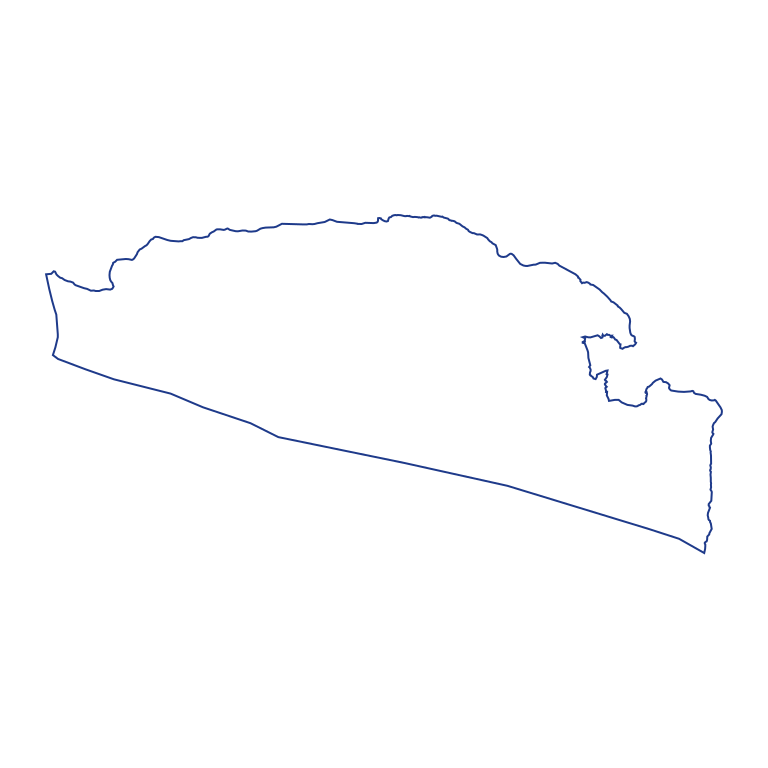 outline of Buru, Maluku, Indonesia
{"feature_id": "22746128B29167244459072", "entity_name": "Buru", "entity_type": "district", "adm_level": 2, "iso_a3": "IDN", "parent_name": "Indonesia", "parent_adm1": "Maluku", "projection": "albers", "projection_center": [126.803, -3.345], "detail": "fine", "context": "isolated", "style": "outline", "palette": "blue", "viewbox_px": 768, "rotation_deg": 0, "n_neighbors": 0, "source": "geoboundaries", "source_scale": "gbopen_adm2", "svg_char_len": 6097}
<svg xmlns="http://www.w3.org/2000/svg" viewBox="0 0 768 768"><path d="M704.2,553.0L705.1,549.0L705.3,546.2L705.3,544.4L704.8,543.7L704.8,542.7L705.6,541.9L706.6,541.4L707.1,539.9L707.3,536.5L709.2,534.5L709.4,533.2L711.7,528.9L710.8,523.3L710.2,522.4L710.0,520.8L708.9,520.0L708.4,519.1L708.3,517.9L707.7,515.3L708.0,512.9L710.0,507.7L709.4,507.0L709.4,506.3L708.7,505.6L708.7,504.1L711.3,500.8L711.8,492.0L711.3,490.8L710.5,489.7L711.1,487.3L710.9,484.7L711.1,483.4L710.8,481.7L710.8,477.7L710.5,474.6L710.9,471.8L710.3,471.0L710.1,470.1L710.7,469.1L710.8,467.2L710.3,465.5L710.6,464.4L711.1,463.8L711.0,455.6L710.6,452.5L710.8,451.5L710.2,450.0L709.9,447.3L709.9,445.6L711.2,443.7L710.8,440.8L711.1,437.9L713.3,434.3L713.4,433.8L712.7,433.2L712.3,432.2L713.1,429.5L712.6,426.7L712.9,425.5L713.9,423.2L715.2,422.1L717.6,418.5L721.5,414.2L721.9,411.9L721.8,410.1L720.5,407.4L715.8,400.6L714.8,399.9L714.2,400.3L711.8,400.5L709.8,400.0L708.5,399.1L707.1,396.9L704.6,395.7L700.8,394.7L695.6,393.9L694.0,392.8L693.3,391.2L692.2,390.9L690.7,391.4L684.0,391.9L678.2,391.6L671.2,390.5L670.4,389.9L669.4,388.8L669.0,387.9L669.6,385.2L668.2,383.5L666.1,382.2L663.4,381.9L662.0,379.5L660.5,378.5L655.6,380.6L652.9,382.8L651.9,384.2L649.1,386.6L647.7,387.0L647.4,387.8L646.5,389.0L646.0,390.6L646.1,391.2L645.4,392.1L645.7,392.9L646.2,392.9L646.7,392.5L647.1,394.1L646.8,395.2L646.4,395.7L646.6,396.3L646.0,398.4L646.3,398.9L646.3,400.8L645.8,401.8L644.4,402.9L643.5,404.0L643.1,404.1L642.2,403.7L641.5,403.8L640.1,404.9L638.4,405.4L637.6,406.1L636.3,406.4L635.0,406.4L632.6,405.6L627.4,404.9L621.7,402.4L618.7,399.9L614.7,399.9L609.0,400.9L608.5,398.8L606.8,395.4L607.1,391.8L606.0,391.9L606.1,390.9L605.3,388.1L606.7,386.8L605.9,386.1L605.6,385.3L604.9,384.6L604.9,383.7L606.9,381.9L606.2,381.0L605.3,380.5L604.9,379.8L606.8,377.1L607.5,374.5L606.6,374.2L607.5,370.5L605.7,370.8L597.0,374.7L596.8,377.0L595.6,379.1L593.5,378.5L592.8,377.1L590.5,375.5L590.6,375.3L589.8,374.6L590.0,372.4L590.6,371.0L590.6,369.5L589.7,367.5L589.1,367.0L590.3,365.3L588.4,357.9L588.1,352.3L587.5,350.3L585.0,343.9L584.4,343.2L582.7,342.8L582.7,342.0L584.1,341.3L584.9,341.4L584.8,340.1L585.2,338.5L585.0,337.5L584.0,337.8L582.7,337.2L585.1,336.5L588.3,337.3L590.4,337.4L597.6,335.3L599.3,336.3L601.0,338.0L602.4,337.5L602.6,336.5L602.3,335.8L602.7,334.7L603.3,335.7L604.9,335.8L606.9,334.2L607.7,334.9L609.2,334.9L610.4,335.8L611.8,335.7L610.9,337.1L611.9,337.5L612.8,336.8L613.8,337.5L615.3,339.6L616.5,339.9L619.4,343.7L620.0,344.3L620.5,344.4L620.2,346.5L620.2,347.9L620.5,348.1L622.6,348.8L623.4,348.1L625.4,347.1L626.7,347.1L628.3,346.7L630.1,345.8L632.0,345.7L633.0,346.2L635.2,344.3L636.1,342.8L635.1,342.0L634.6,341.2L634.9,339.1L634.7,337.0L633.7,336.1L632.3,335.7L631.1,334.7L630.3,332.7L629.6,328.0L629.6,325.5L630.1,321.4L629.8,318.9L628.6,316.2L626.9,313.8L624.3,312.8L621.2,309.1L619.6,307.5L617.8,306.4L617.7,305.6L613.5,302.3L611.2,301.5L610.5,300.3L607.2,296.6L603.9,293.5L602.2,292.2L599.6,289.5L593.2,285.0L590.4,284.5L590.0,283.8L588.4,282.7L586.7,282.1L584.6,282.8L583.1,282.6L582.0,283.2L580.3,281.0L580.5,279.8L578.8,277.9L578.1,277.6L578.1,276.6L575.5,274.3L559.3,265.6L557.7,263.9L555.2,262.8L552.1,263.5L544.7,262.7L540.0,262.8L535.7,264.6L533.6,264.7L527.2,266.0L525.4,265.9L523.4,265.5L520.2,263.9L516.2,258.9L513.6,255.3L511.7,253.9L510.8,253.7L509.9,253.9L506.4,256.5L503.6,257.0L501.1,256.7L499.0,255.6L498.0,254.3L497.6,253.4L497.2,251.2L497.3,250.0L497.0,248.7L495.7,245.1L492.4,243.3L491.5,242.2L489.9,241.3L488.2,239.5L487.3,238.1L483.4,235.6L481.7,234.9L480.1,234.4L477.1,234.5L473.8,233.1L472.5,233.1L470.1,232.0L468.7,231.1L467.9,229.7L466.2,228.8L464.5,227.3L462.6,226.4L459.4,223.8L456.5,222.9L454.6,221.3L452.7,220.8L451.4,220.8L450.9,220.4L449.6,220.2L449.0,219.8L448.4,219.0L447.8,218.6L443.6,217.5L442.4,216.6L441.8,216.8L440.7,216.6L436.7,215.7L435.0,215.8L434.5,215.5L433.6,215.5L432.3,215.9L431.6,216.8L429.9,217.7L426.7,217.2L425.7,217.3L425.1,217.0L424.8,217.2L424.6,217.0L424.3,217.2L423.1,217.0L422.8,217.3L422.1,217.2L421.6,217.6L420.2,217.6L419.4,217.3L418.4,217.5L418.0,217.2L414.9,216.9L413.0,217.1L410.0,216.4L409.6,215.9L408.5,216.1L407.1,215.9L406.5,216.1L406.2,216.0L405.5,216.2L404.4,216.1L400.8,215.2L397.7,215.0L396.8,215.3L395.8,215.0L394.9,215.2L394.2,215.1L393.4,215.5L392.4,215.7L390.9,217.1L389.4,217.4L388.7,218.4L387.9,221.1L386.5,221.5L384.8,221.2L383.1,220.4L381.2,219.2L380.9,218.4L379.3,218.0L378.1,218.2L378.0,220.8L377.7,221.7L376.7,222.6L373.7,223.1L365.3,222.8L361.6,224.0L357.5,223.9L357.4,223.7L354.1,223.2L337.0,221.8L332.5,220.1L329.8,219.5L324.7,222.0L317.5,223.2L314.5,224.0L312.4,224.2L308.9,224.0L306.8,224.4L302.9,224.4L281.9,223.8L276.3,226.7L273.7,227.3L265.6,227.6L262.5,228.1L260.4,228.7L257.1,230.7L255.6,231.2L251.3,231.6L248.2,231.5L245.8,230.6L242.5,230.5L237.9,231.3L235.7,231.2L229.9,229.9L227.7,228.5L226.8,228.7L224.8,229.7L223.6,229.9L219.9,229.3L217.5,229.3L216.4,229.5L213.7,231.5L211.9,232.3L209.8,233.7L208.6,236.0L207.7,236.7L206.0,236.8L201.8,237.9L197.7,237.8L195.9,237.3L193.0,237.2L190.9,238.0L189.0,239.1L183.7,240.2L182.4,241.2L180.6,241.2L178.5,241.4L170.6,240.8L167.3,240.0L158.8,237.1L155.4,236.8L153.8,237.7L152.9,239.0L151.2,239.5L149.6,241.2L147.7,244.0L146.5,245.3L145.0,246.1L141.5,248.7L139.7,249.5L137.6,252.2L136.9,254.2L134.1,258.5L132.6,259.7L131.8,259.9L128.7,259.2L125.9,259.0L117.1,259.8L115.1,261.8L113.2,262.8L112.8,264.6L112.1,265.6L109.8,271.8L109.5,275.1L109.7,277.8L110.3,280.2L111.2,281.7L112.4,283.0L113.1,285.6L113.6,286.4L113.2,287.3L112.2,288.8L110.2,289.6L106.1,289.1L102.6,289.7L99.2,291.0L95.6,291.0L93.9,290.5L90.9,290.7L87.1,288.9L84.1,288.2L75.6,285.2L74.5,284.4L73.1,282.6L70.4,281.6L68.0,281.3L64.6,280.0L62.1,278.2L60.2,277.7L58.0,276.0L56.5,274.5L55.1,271.7L53.7,271.3L51.3,273.8L46.1,274.3L49.2,288.8L52.2,301.0L54.7,309.8L56.3,314.6L57.8,334.3L57.8,337.2L55.4,347.3L52.9,355.1L58.1,359.0L85.5,369.3L113.9,379.3L170.6,393.6L203.0,407.3L250.5,423.2L278.3,437.1L405.0,463.1L507.4,485.8L649.8,529.3L679.1,538.8L704.2,553.0Z" fill="none" stroke="#1e3a8a" stroke-width="2"/></svg>